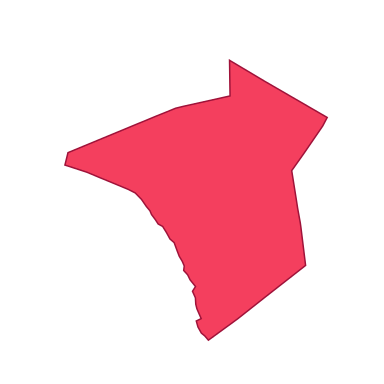 Ibirajuba, Pernambuco, Brazil, rotated 107°
{"feature_id": "56859067B4416992329739", "entity_name": "Ibirajuba", "entity_type": "district", "adm_level": 2, "iso_a3": "BRA", "parent_name": "Brazil", "parent_adm1": "Pernambuco", "projection": "robinson", "projection_center": [-36.178, -8.63], "detail": "fine", "context": "isolated", "style": "filled", "palette": "rose", "viewbox_px": 384, "rotation_deg": 107, "n_neighbors": 0, "source": "geoboundaries", "source_scale": "gbopen_adm2", "svg_char_len": 815}
<svg xmlns="http://www.w3.org/2000/svg" viewBox="0 0 384 384"><g transform="rotate(107 192 192)"><path d="M90.7,86.3L81.2,84.5L64.9,154.7L55.1,194.6L89.0,183.7L112.6,225.3L116.7,232.2L124.0,241.1L129.7,248.2L139.2,259.7L142.7,264.0L190.6,322.1L203.4,321.4L203.8,298.5L205.2,284.5L208.1,254.1L209.5,246.0L213.8,238.2L219.2,231.4L222.2,226.8L225.4,224.1L229.2,218.9L232.5,215.0L233.5,210.0L238.4,204.4L243.4,199.3L245.6,194.3L252.2,189.3L257.2,185.4L261.2,181.0L265.0,177.8L269.5,177.0L272.5,171.9L276.5,168.2L281.4,161.0L286.8,162.5L292.2,157.8L298.2,155.6L302.2,153.2L310.4,146.2L314.1,150.2L319.4,146.8L324.2,141.8L325.9,137.7L328.9,133.0L300.0,111.3L270.8,91.1L229.0,61.9L194.0,77.5L190.1,79.3L176.7,86.2L168.0,90.4L142.4,102.9L122.5,96.3L90.7,86.3Z" fill="#f43f5e" stroke="#9f1239" stroke-width="1.5"/></g></svg>